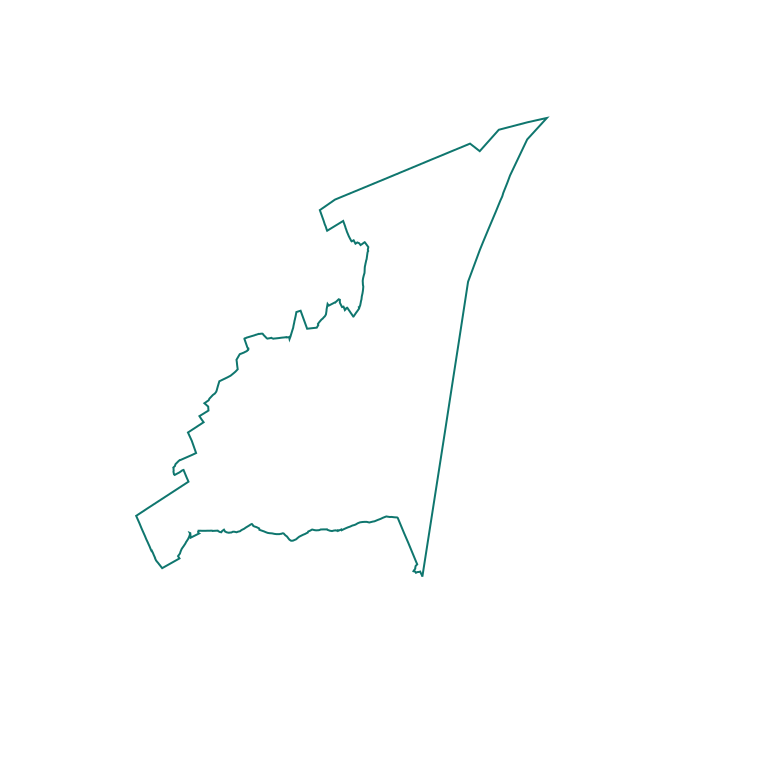 the district of General Pánfilo Natera, Zacatecas, Mexico, rotated 54°
{"feature_id": "50627088B90633980293506", "entity_name": "General Pánfilo Natera", "entity_type": "district", "adm_level": 2, "iso_a3": "MEX", "parent_name": "Mexico", "parent_adm1": "Zacatecas", "projection": "equal_earth", "projection_center": [-102.129, 22.703], "detail": "fine", "context": "isolated", "style": "outline", "palette": "teal", "viewbox_px": 768, "rotation_deg": 54, "n_neighbors": 0, "source": "geoboundaries", "source_scale": "gbopen_adm2", "svg_char_len": 5982}
<svg xmlns="http://www.w3.org/2000/svg" viewBox="0 0 768 768"><g transform="rotate(54 384 384)"><path d="M264.5,95.9L263.3,98.6L256.6,114.1L249.4,132.5L245.8,141.7L251.9,169.7L240.1,173.1L230.3,213.8L222.3,247.4L221.8,249.9L221.7,250.0L206.0,315.3L205.6,333.7L210.7,335.2L216.5,336.9L218.3,337.5L220.1,338.1L222.0,338.5L223.9,339.1L225.7,339.7L226.6,339.9L228.1,321.2L232.0,322.3L234.3,323.0L235.3,323.4L235.8,323.5L236.9,323.8L239.0,324.5L241.2,325.0L243.7,325.6L245.6,325.9L249.1,326.4L249.6,326.3L249.9,324.1L253.7,324.6L253.8,323.2L253.8,322.4L255.4,321.4L256.1,321.3L257.8,321.3L257.8,320.9L257.9,320.1L257.9,317.7L257.9,316.3L258.1,316.2L259.2,316.2L260.9,316.2L262.8,316.2L264.0,316.2L264.7,316.9L266.0,318.3L267.1,318.6L267.7,319.8L270.4,322.4L270.5,322.5L272.8,324.7L273.5,325.7L274.5,326.8L276.0,328.5L276.5,329.0L277.7,330.4L278.6,331.2L278.7,331.3L281.5,333.5L282.8,334.6L283.0,334.9L284.0,336.2L284.3,336.6L286.1,338.7L287.3,339.9L288.2,340.7L289.3,341.4L289.8,341.7L290.5,342.2L291.5,342.8L291.9,343.0L292.7,343.3L293.5,343.9L295.0,345.2L296.3,346.4L297.4,347.5L297.7,347.8L298.0,348.1L299.5,349.8L300.0,350.4L301.0,351.3L302.3,352.5L303.1,353.5L303.7,354.2L304.5,355.0L306.6,357.3L306.9,357.9L306.9,358.2L307.3,358.5L307.1,359.2L308.3,359.7L309.7,363.8L309.7,364.0L311.5,369.0L311.4,369.2L311.1,369.2L307.9,369.1L306.6,369.1L305.3,369.0L303.6,369.0L301.3,368.9L301.0,368.9L300.6,369.0L300.6,369.3L300.6,369.8L300.5,371.0L301.0,371.1L301.2,372.2L299.4,371.7L297.6,371.3L297.1,372.7L295.1,372.4L292.2,371.9L291.0,371.0L289.9,370.2L289.2,370.6L288.8,370.9L288.9,371.4L289.4,375.4L289.2,375.4L288.1,382.6L286.1,382.6L289.9,386.6L291.0,387.5L292.0,388.5L293.6,390.1L294.4,391.9L294.6,392.7L294.6,393.4L295.0,394.8L295.1,396.0L295.1,396.7L295.9,400.0L296.3,401.3L296.6,402.2L297.7,402.5L298.9,405.3L294.1,413.7L275.7,408.4L275.1,410.1L274.3,412.6L277.4,415.9L277.9,416.5L279.5,418.3L280.4,419.4L281.5,420.5L282.9,422.1L283.9,423.2L285.1,424.4L286.7,426.6L288.2,428.6L289.2,429.9L289.6,430.4L289.6,430.5L290.6,431.7L292.1,434.0L290.3,433.2L290.3,433.3L289.8,434.2L289.0,435.5L288.7,435.4L287.6,437.5L286.4,439.5L284.9,442.3L283.4,444.9L282.5,446.4L282.3,446.9L281.0,447.8L280.4,448.0L280.1,448.9L279.8,449.5L278.7,451.7L277.9,452.0L276.3,452.2L273.7,452.6L272.6,452.6L271.9,452.7L271.7,453.0L271.4,453.4L271.1,453.8L270.4,455.1L270.1,455.7L269.8,455.9L269.7,456.4L269.6,456.7L269.4,457.1L269.3,457.5L269.2,458.0L269.1,458.3L268.9,458.6L268.8,458.8L268.5,460.1L265.7,468.0L265.7,468.5L265.2,470.0L265.4,470.4L274.0,473.0L274.7,473.1L275.2,472.9L275.4,472.8L276.0,473.1L276.3,473.5L276.2,473.7L276.5,473.9L276.6,474.1L276.4,474.4L276.5,474.7L276.7,475.2L276.7,475.9L276.6,476.5L276.4,477.5L276.2,479.0L275.9,480.1L275.7,480.9L275.6,481.5L275.3,482.2L275.1,483.2L277.7,489.1L279.6,490.1L282.9,492.0L286.1,493.7L286.7,496.9L286.9,499.4L287.1,503.2L286.6,506.8L285.0,515.6L288.5,520.2L290.6,522.8L291.6,524.2L292.3,526.4L292.3,528.9L293.2,533.7L293.4,534.2L294.1,535.4L294.0,540.6L298.9,539.5L302.3,541.6L301.5,552.2L305.2,552.4L308.9,552.4L308.0,571.1L317.0,572.9L329.4,576.6L328.5,581.3L328.1,583.1L327.4,586.3L325.8,593.6L325.5,593.9L325.6,595.5L325.9,597.3L326.1,598.6L326.3,599.8L327.1,600.9L327.5,601.4L327.6,602.4L327.8,603.6L328.5,603.8L329.3,604.4L330.1,604.9L330.6,605.2L331.2,605.9L331.9,606.2L332.6,606.5L333.6,607.0L334.5,606.8L335.3,601.4L335.3,598.6L335.3,597.9L335.7,596.7L344.0,598.7L346.9,599.3L348.1,599.6L345.6,648.5L345.0,662.0L352.9,663.7L353.3,663.8L358.7,665.1L366.7,666.8L369.1,667.4L370.5,667.7L373.2,668.2L375.0,668.6L377.5,669.1L381.1,670.0L382.4,670.2L382.4,669.8L383.3,670.0L384.2,670.1L385.1,670.3L387.1,670.8L388.1,671.0L389.1,671.2L390.0,671.4L390.0,671.5L390.9,671.8L391.8,671.9L392.5,672.1L393.8,672.1L396.5,671.9L397.8,671.9L399.0,671.8L400.1,671.8L402.6,671.7L404.9,652.0L402.2,651.8L401.2,648.7L400.0,647.1L399.4,646.1L398.6,644.8L398.1,643.5L398.0,643.2L397.3,641.1L396.8,639.8L396.3,638.4L395.6,637.2L395.3,636.3L394.3,633.7L393.1,631.5L392.3,630.3L391.4,629.2L390.9,628.8L390.3,628.7L390.8,628.4L394.7,630.7L396.2,621.6L395.8,621.8L395.1,621.6L394.6,621.4L394.7,621.2L393.7,620.3L397.4,615.3L401.6,609.3L402.0,609.2L404.9,604.7L405.4,604.6L405.6,604.6L407.2,603.8L408.3,602.8L407.8,601.3L407.8,599.1L409.9,599.3L411.6,598.4L413.2,596.9L413.7,595.8L414.4,594.8L414.7,593.1L415.6,591.9L417.3,590.4L417.6,589.1L418.4,587.2L418.5,586.8L418.4,585.6L418.5,584.5L418.9,582.3L418.9,580.5L419.0,579.0L419.2,576.8L419.3,574.5L419.6,573.2L420.7,573.0L421.8,573.2L422.9,572.7L424.8,571.3L427.5,569.9L428.7,570.5L431.9,568.3L432.9,567.6L434.3,566.8L436.1,565.6L437.4,564.3L439.1,562.3L440.8,560.8L442.2,559.3L443.1,558.1L444.0,556.8L444.4,555.8L444.8,555.3L445.1,554.0L445.5,553.4L446.1,553.0L447.2,552.9L448.6,552.7L450.0,552.2L451.2,552.1L452.7,552.1L454.4,552.0L456.2,551.3L457.2,549.8L458.0,546.3L457.8,544.6L457.7,542.3L457.9,541.1L458.4,538.1L458.9,536.1L459.2,533.9L459.4,533.1L458.8,532.0L459.2,530.2L459.5,527.7L460.3,527.0L461.6,525.9L462.5,524.9L463.7,523.1L464.3,521.9L464.4,520.9L465.6,519.1L467.2,516.9L468.1,515.5L468.7,515.5L470.9,514.0L472.4,512.5L473.1,510.7L474.0,509.1L474.6,508.8L475.1,507.4L475.8,507.6L476.6,504.0L477.4,504.2L478.0,500.9L478.7,497.7L479.5,495.0L479.9,492.8L480.5,491.3L481.0,489.6L481.2,487.2L481.8,484.8L483.0,482.5L484.1,480.8L485.4,479.0L487.4,477.3L488.8,473.8L489.5,472.4L490.3,469.0L491.1,466.1L491.6,463.4L492.5,460.0L493.6,458.9L494.9,457.6L496.1,455.9L497.7,454.2L498.8,452.9L499.7,451.8L500.5,451.6L502.6,452.1L516.4,455.4L526.7,457.7L547.1,462.6L549.4,463.1L549.8,465.3L550.7,466.4L551.7,467.2L552.3,468.7L552.4,469.5L552.8,470.2L554.3,469.0L555.5,469.1L555.8,467.5L556.5,466.4L557.0,465.0L558.9,465.4L560.1,465.6L560.6,465.7L561.5,465.9L562.4,466.2L458.5,362.8L424.8,329.4L394.2,299.0L350.7,255.9L331.9,227.7L327.3,220.3L319.8,208.0L310.4,192.4L303.9,181.9L302.0,178.5L301.4,177.6L299.6,175.3L293.6,165.8L289.4,159.5L270.3,124.4L264.5,95.9Z" fill="none" stroke="#0f766e" stroke-width="2"/></g></svg>